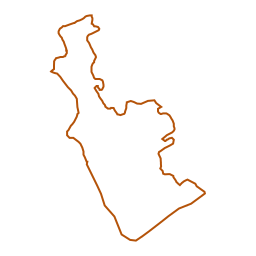 Al-Ghanayem, Asyut, Egypt
{"feature_id": "37247803B60942546572959", "entity_name": "Al-Ghanayem", "entity_type": "district", "adm_level": 2, "iso_a3": "EGY", "parent_name": "Egypt", "parent_adm1": "Asyut", "projection": "mercator", "projection_center": [31.325, 26.921], "detail": "fine", "context": "isolated", "style": "outline", "palette": "amber", "viewbox_px": 256, "rotation_deg": 0, "n_neighbors": 0, "source": "geoboundaries", "source_scale": "gbopen_adm2", "svg_char_len": 3287}
<svg xmlns="http://www.w3.org/2000/svg" viewBox="0 0 256 256"><path d="M51.1,71.5L52.7,72.3L54.6,73.0L57.2,73.6L60.3,76.9L62.9,80.7L67.9,87.2L70.5,89.8L71.1,90.4L73.0,93.6L74.9,95.6L76.8,98.8L77.4,107.1L77.7,108.5L78.6,112.9L77.3,114.2L77.3,114.8L76.7,116.8L74.1,121.9L72.2,124.4L70.9,125.7L68.4,130.2L67.1,131.5L67.1,135.3L69.6,137.9L70.3,137.9L72.2,137.9L73.4,137.9L76.5,140.3L78.5,141.8L80.4,143.7L82.3,147.6L83.5,151.5L83.5,154.7L84.8,157.2L86.7,161.8L87.3,161.8L86.8,164.4L97.2,185.6L101.0,193.8L104.7,205.5L114.4,216.5L121.6,234.5L130.1,239.9L135.9,240.6L142.7,236.0L148.4,231.8L158.4,224.1L159.2,223.5L168.7,216.0L179.0,208.5L191.1,203.7L204.9,193.5L204.5,191.8L203.5,191.1L200.1,188.7L198.3,187.4L196.7,186.3L195.5,184.0L195.1,183.6L191.8,181.9L188.8,180.3L187.5,179.6L185.7,180.4L183.5,181.6L182.7,182.4L182.0,182.8L181.3,183.6L180.7,184.2L179.9,185.1L179.3,184.6L178.3,183.8L177.0,182.5L176.4,182.0L176.2,181.4L175.8,180.7L175.3,179.8L173.5,177.3L173.3,175.9L170.3,174.4L169.8,174.1L168.5,174.1L167.2,174.2L165.3,174.3L164.8,174.3L163.2,173.7L162.6,170.9L160.3,168.6L161.1,166.4L160.9,164.1L160.9,162.1L160.8,161.5L160.7,159.6L160.7,158.7L160.3,157.6L159.7,156.4L159.1,155.1L158.5,153.8L159.1,151.9L160.4,151.2L164.8,148.0L166.1,147.4L169.9,145.5L173.1,143.6L173.8,139.7L171.9,137.8L169.3,138.4L167.4,139.7L166.8,139.7L165.5,141.0L164.9,141.0L162.3,139.0L163.0,138.4L165.2,136.6L166.8,135.2L169.3,133.9L172.2,132.4L173.2,131.4L173.8,130.8L174.5,129.5L174.5,128.2L173.8,126.3L173.8,123.7L172.6,120.5L171.3,118.5L170.7,117.3L169.4,115.3L168.6,114.8L168.0,114.4L167.5,114.0L166.3,113.4L163.1,113.4L161.2,114.0L160.6,114.0L158.7,112.7L158.0,111.4L158.0,108.8L161.2,106.9L156.2,103.1L154.4,100.3L147.9,100.9L146.8,101.4L141.0,103.9L140.4,103.8L139.0,103.7L137.2,103.6L136.3,103.2L134.3,102.2L133.3,101.8L130.8,101.0L126.8,102.3L126.8,102.9L126.3,105.5L126.3,106.7L126.3,108.0L126.0,109.0L125.6,110.0L125.0,111.9L125.0,112.5L124.3,113.8L122.4,114.4L120.5,115.1L118.0,114.4L117.4,114.4L116.7,113.1L114.8,110.5L113.6,108.0L111.0,107.9L110.4,108.6L108.5,108.6L107.9,108.6L105.3,106.6L105.3,106.0L104.7,104.7L103.4,103.4L102.2,100.8L100.3,98.3L99.0,96.3L98.4,93.8L96.5,91.2L94.6,88.0L95.2,87.3L95.9,86.7L96.5,86.0L97.8,86.0L97.8,86.7L98.4,88.0L99.1,88.6L99.7,89.3L99.7,89.9L100.3,89.9L101.0,89.9L101.6,89.9L102.2,89.3L103.5,86.7L103.5,84.8L102.9,81.6L102.3,80.3L99.7,79.0L99.1,79.0L95.3,79.0L94.0,77.7L93.4,75.8L92.8,74.5L92.1,73.2L91.5,71.9L91.5,69.3L91.5,66.8L92.2,64.8L92.8,63.5L93.4,62.9L94.1,62.3L94.1,61.0L95.4,58.4L96.0,57.1L95.4,55.2L93.5,52.6L92.2,49.4L91.0,47.5L89.1,43.0L87.2,40.4L87.2,37.2L87.8,35.9L89.1,34.6L91.0,34.0L92.3,33.4L98.7,30.2L99.3,28.9L98.5,27.6L98.0,27.0L95.5,26.3L94.2,26.3L93.0,24.4L91.7,23.7L92.4,19.9L92.4,18.1L91.7,16.7L91.7,15.4L89.8,15.4L86.7,16.0L85.4,16.6L84.1,17.9L83.6,18.3L82.2,19.2L79.6,20.4L77.1,21.1L75.2,22.4L74.6,23.0L73.9,23.0L70.1,24.3L65.0,26.2L63.1,26.1L61.8,27.4L59.9,28.7L58.6,31.3L58.6,31.9L58.6,33.2L59.3,34.5L60.5,36.4L61.8,37.7L62.4,39.6L63.7,41.6L64.3,43.5L66.2,48.6L66.2,50.6L66.8,50.6L66.8,51.9L66.8,53.1L65.5,55.1L65.5,55.7L64.9,56.3L64.2,56.3L63.0,57.0L60.4,57.0L58.5,57.6L56.0,58.2L55.3,59.5L54.7,60.1L54.1,61.4L54.1,62.7L54.0,65.3L54.0,67.8L54.0,69.1L51.5,71.0L51.1,71.5Z" fill="none" stroke="#b45309" stroke-width="2"/></svg>